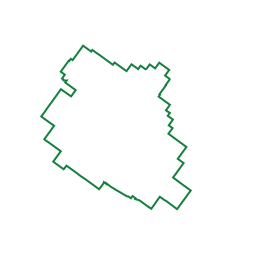 the district of Morawa, Western Australia, Australia, rotated 36°
{"feature_id": "25037944B80693108839344", "entity_name": "Morawa", "entity_type": "district", "adm_level": 2, "iso_a3": "AUS", "parent_name": "Australia", "parent_adm1": "Western Australia", "projection": "albers", "projection_center": [116.014, -29.035], "detail": "fine", "context": "isolated", "style": "outline", "palette": "green", "viewbox_px": 256, "rotation_deg": 36, "n_neighbors": 0, "source": "geoboundaries", "source_scale": "gbopen_adm2", "svg_char_len": 2402}
<svg xmlns="http://www.w3.org/2000/svg" viewBox="0 0 256 256"><g transform="rotate(36 128 128)"><path d="M40.5,112.2L40.5,122.0L42.7,122.0L45.5,122.0L45.6,126.7L46.8,126.7L46.8,126.9L48.1,126.9L48.1,127.2L48.3,127.1L49.3,126.5L50.1,125.9L50.5,125.6L50.5,128.1L56.9,128.1L57.8,128.1L63.4,128.1L63.4,130.9L63.4,135.8L62.7,135.9L52.1,136.0L50.9,136.1L51.0,141.0L51.0,146.5L51.0,147.3L51.0,151.0L51.0,159.3L51.1,163.6L51.1,165.1L51.1,168.8L51.1,169.7L55.7,169.7L60.7,169.7L66.9,169.6L66.9,179.0L66.9,182.1L66.9,186.3L67.4,186.4L70.9,186.4L71.0,186.3L74.0,186.3L76.4,186.3L80.2,186.3L84.5,186.3L87.1,186.3L87.3,186.3L87.3,190.7L87.3,195.0L87.3,198.2L87.3,199.2L100.2,199.2L100.4,194.6L104.1,194.6L106.7,194.6L110.4,194.6L110.5,194.6L114.7,194.6L114.9,194.7L117.0,194.7L117.6,194.7L118.7,194.7L122.8,194.5L127.0,194.5L131.7,194.5L140.7,194.5L140.7,190.3L140.7,190.2L140.7,188.0L140.7,186.6L140.4,186.0L141.5,186.0L143.2,186.0L142.8,185.5L145.1,185.5L146.5,185.6L148.7,185.6L148.9,185.6L149.0,185.6L154.9,185.1L163.2,184.3L164.3,184.2L165.3,184.1L165.6,184.0L166.3,184.0L167.2,183.9L167.6,183.8L167.8,183.7L168.1,183.3L168.3,183.2L168.5,183.1L171.7,183.1L171.7,180.4L175.4,180.4L175.4,181.3L175.5,181.3L178.1,180.4L179.8,179.8L183.4,179.8L186.4,179.8L187.4,179.8L187.6,179.8L187.9,179.8L188.7,179.8L190.8,179.8L190.8,179.7L193.1,179.7L194.3,179.7L194.3,178.4L194.3,175.1L194.2,170.4L194.2,164.9L195.2,165.0L195.9,164.9L196.7,164.9L198.8,164.9L200.8,164.8L201.0,164.8L201.4,164.7L201.9,164.6L202.0,164.6L203.0,164.6L215.4,164.8L215.4,160.6L215.5,144.0L215.5,141.7L213.4,141.7L208.3,141.7L202.2,141.7L196.0,141.6L194.0,141.6L193.6,141.6L193.6,123.7L186.4,123.7L186.4,109.0L186.2,109.0L164.1,108.9L164.1,105.3L164.1,101.9L159.4,101.9L159.4,97.9L159.4,94.8L153.0,94.8L153.0,91.2L149.9,91.4L148.3,91.4L148.3,84.6L141.6,84.6L134.4,84.6L134.3,82.2L133.6,82.2L133.6,73.2L133.6,71.1L133.2,71.1L133.2,70.5L133.2,65.1L133.2,64.2L132.7,63.8L127.2,63.8L127.2,63.7L127.2,56.8L114.9,56.8L114.9,63.8L110.0,63.8L108.2,63.8L108.2,70.2L108.3,70.2L108.2,70.2L101.6,70.2L101.6,71.3L101.6,73.3L101.6,74.4L97.5,74.4L93.4,74.4L93.4,76.5L93.4,80.3L93.4,82.8L88.9,82.9L78.7,82.9L78.6,85.7L74.6,85.7L68.6,85.7L62.6,85.7L62.3,85.7L58.0,85.8L53.3,85.8L53.3,87.8L48.7,87.8L43.3,87.8L43.3,91.3L43.3,93.6L43.3,104.3L43.3,105.6L41.1,105.6L41.1,107.5L41.1,108.4L40.5,108.4L40.5,112.2Z" fill="none" stroke="#15803d" stroke-width="2"/></g></svg>